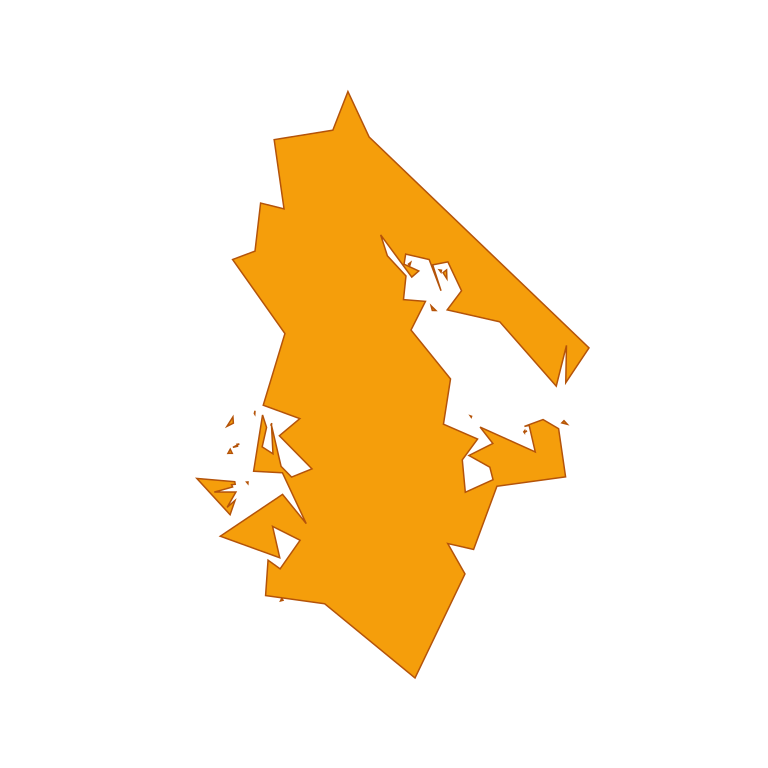 Rodney Local Board Area, Auckland, New Zealand, rotated 163°
{"feature_id": "76426892B62509674219060", "entity_name": "Rodney Local Board Area", "entity_type": "district", "adm_level": 2, "iso_a3": "NZL", "parent_name": "New Zealand", "parent_adm1": "Auckland", "projection": "equal_earth", "projection_center": [174.565, -36.497], "detail": "medium", "context": "isolated", "style": "filled", "palette": "amber", "viewbox_px": 768, "rotation_deg": 163, "n_neighbors": 0, "source": "geoboundaries", "source_scale": "gbopen_adm2", "svg_char_len": 1987}
<svg xmlns="http://www.w3.org/2000/svg" viewBox="0 0 768 768"><g transform="rotate(163 384 384)"><path d="M362.1,178.7L369.7,212.8L346.7,199.6L305.9,253.2L237.5,242.1L230.1,290.2L242.3,303.5L262.1,302.4L257.3,302.0L259.2,274.8L304.7,314.7L297.3,295.3L323.7,290.8L307.1,273.5L307.7,260.6L337.9,256.7L331.3,288.6L310.6,304.0L338.9,328.2L318.9,369.4L342.4,427.7L320.2,450.9L340.7,459.0L331.4,480.9L343.3,505.6L343.6,527.6L326.2,478.1L317.7,481.9L329.8,492.7L325.3,501.9L304.4,489.8L302.2,456.5L302.6,483.7L287.2,482.1L282.6,450.5L301.9,436.4L255.1,409.6L219.9,331.6L198.2,367.6L209.8,332.1L177.4,358.6L326.0,624.5L333.0,674.2L358.7,641.7L417.6,649.8L428.4,580.7L449.1,593.1L468.5,548.8L492.4,547.3L464.0,461.2L505.7,399.0L474.6,375.5L499.2,365.1L477.7,323.9L499.6,322.0L506.5,335.3L503.7,377.2L510.6,349.7L518.9,359.5L509.0,376.8L509.2,389.9L534.2,338.7L507.1,328.8L499.2,273.2L513.3,308.1L585.1,286.3L534.5,248.3L532.2,280.4L509.9,259.1L537.4,237.6L546.4,249.4L559.1,216.3L505.0,191.2L440.3,93.8L362.1,178.7ZM569.4,304.0L560.5,316.2L570.1,311.9L557.2,324.0L577.9,330.3L558.9,329.8L559.2,332.3L555.6,331.6L555.3,334.2L590.6,348.4L569.4,304.0ZM546.6,389.4L539.5,390.6L538.1,396.7L546.6,389.4ZM225.3,294.8L220.5,291.9L222.6,296.3L225.3,294.8ZM295.0,473.2L293.1,466.3L290.8,474.8L295.0,473.2ZM316.3,440.2L312.9,439.1L316.1,445.0L316.3,440.2ZM553.5,363.3L549.4,362.1L550.1,366.6L553.5,363.3ZM547.0,367.6L542.3,367.3L542.3,368.5L547.0,367.6ZM322.9,492.5L325.6,491.5L324.8,489.6L322.9,492.5ZM546.4,206.8L543.8,206.7L544.4,209.0L546.4,206.8ZM263.3,296.7L261.0,297.3L263.1,297.5L263.3,296.7ZM295.8,476.0L297.8,477.0L296.8,474.2L295.8,476.0ZM502.8,379.4L504.0,378.0L503.5,377.8L502.8,379.4ZM310.8,328.3L310.3,326.7L309.7,327.5L310.8,328.3ZM515.2,396.1L516.6,393.7L516.4,392.9L515.2,396.1ZM542.7,330.1L544.1,330.4L543.3,328.5L542.7,330.1ZM541.7,368.6L539.9,369.0L542.0,369.3L541.7,368.6ZM264.3,297.4L263.9,296.3L263.3,298.1L264.3,297.4Z" fill="#f59e0b" stroke="#b45309" stroke-width="1.5"/></g></svg>